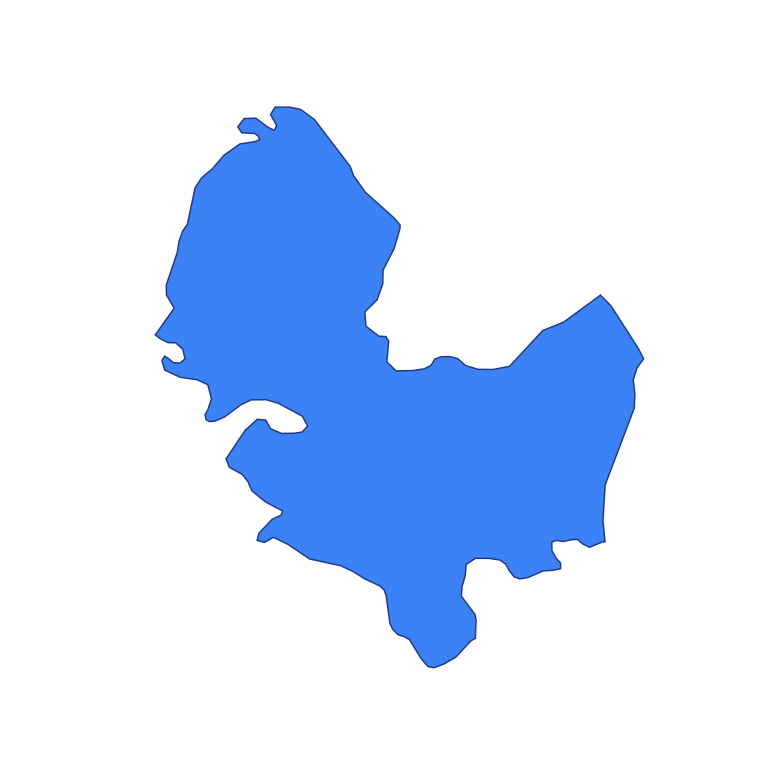 the border of Markazi, rotated 307°
{"feature_id": "IRN-3231", "entity_name": "Markazi", "entity_type": "Province", "adm_level": 1, "iso_a3": "IRN", "parent_name": "Iran", "parent_adm1": "", "projection": "equal_earth", "projection_center": [49.809, 34.588], "detail": "fine", "context": "isolated", "style": "filled", "palette": "blue", "viewbox_px": 768, "rotation_deg": 307, "n_neighbors": 0, "source": "natural_earth", "source_scale": "10m", "svg_char_len": 2187}
<svg xmlns="http://www.w3.org/2000/svg" viewBox="0 0 768 768"><g transform="rotate(307 384 384)"><path d="M585.2,503.4L583.0,518.3L565.2,566.3L560.3,576.2L549.4,576.3L537.6,580.4L527.0,590.3L515.3,598.4L436.6,621.3L406.6,641.1L391.0,655.5L389.3,653.5L377.2,646.3L375.9,639.1L376.2,631.8L372.1,627.1L366.0,621.9L363.0,615.9L358.8,613.1L352.1,618.3L348.4,626.4L347.2,632.9L342.8,636.2L336.9,631.1L330.4,623.5L316.3,615.6L310.1,609.8L308.3,603.9L310.3,596.5L313.4,589.3L313.2,582.6L308.0,572.9L299.8,561.9L289.4,558.2L279.9,564.2L269.5,568.1L261.1,573.4L254.7,595.3L251.1,599.4L235.9,610.0L230.7,607.9L209.4,605.8L197.0,600.7L187.4,594.6L184.9,589.3L186.0,583.3L187.5,577.7L195.1,558.5L194.5,552.8L192.2,546.0L193.6,537.9L196.6,532.6L216.3,513.1L219.6,508.0L220.2,502.2L216.8,486.0L215.7,472.4L212.8,458.7L199.5,429.9L198.1,403.6L195.0,387.9L185.5,383.8L182.8,376.8L189.4,373.9L208.7,376.1L217.4,380.7L221.6,379.6L218.5,360.3L219.2,342.9L224.2,334.0L226.5,325.2L224.4,310.7L229.1,302.9L263.3,301.0L279.5,304.0L284.0,311.2L280.0,320.4L282.8,331.8L290.2,341.4L296.3,347.5L304.5,348.3L309.1,338.2L305.1,311.4L300.4,299.1L291.4,287.5L281.8,282.4L261.6,276.4L253.2,271.7L248.9,267.2L248.4,263.6L251.8,259.5L257.5,258.8L268.3,255.2L277.4,243.7L275.0,232.3L266.7,217.2L263.2,200.5L269.1,192.5L274.2,192.0L274.6,196.7L274.4,203.0L278.0,208.6L284.4,209.9L290.7,202.4L291.5,192.8L287.0,186.5L285.5,177.7L285.6,171.8L318.4,170.8L324.1,156.8L331.9,150.6L364.8,139.7L374.5,134.5L384.8,131.3L393.4,130.8L426.9,115.1L438.0,114.3L443.6,115.2L451.7,117.3L470.5,118.6L488.9,124.4L499.7,134.8L504.4,137.8L506.3,134.1L506.3,130.0L499.0,119.2L501.4,112.5L511.9,112.6L519.2,121.8L519.1,135.5L520.5,143.8L525.8,142.7L531.0,131.2L539.6,130.4L548.3,142.0L553.1,152.1L553.3,169.4L537.3,226.2L532.1,234.2L525.9,253.6L522.7,291.8L520.6,301.3L517.1,303.5L497.7,310.7L474.4,314.7L463.3,322.7L447.0,327.8L430.1,325.3L419.3,334.8L419.1,351.0L423.0,357.0L421.0,362.0L403.5,372.8L401.7,385.7L411.9,398.7L420.2,406.9L427.1,410.3L434.6,409.6L440.2,413.3L445.7,420.4L448.6,427.7L447.8,438.0L452.4,450.4L461.1,462.2L473.6,473.6L522.2,478.6L541.7,490.3L585.2,503.4Z" fill="#3b82f6" stroke="#1e3a8a" stroke-width="1.5"/></g></svg>